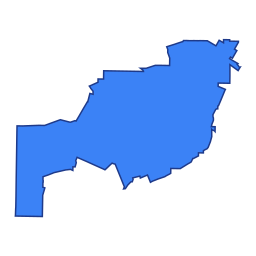 Nungarin, Western Australia, Australia, rotated 181°
{"feature_id": "25037944B34284730981486", "entity_name": "Nungarin", "entity_type": "district", "adm_level": 2, "iso_a3": "AUS", "parent_name": "Australia", "parent_adm1": "Western Australia", "projection": "mercator", "projection_center": [118.178, -31.137], "detail": "fine", "context": "isolated", "style": "filled", "palette": "blue", "viewbox_px": 256, "rotation_deg": 181, "n_neighbors": 0, "source": "geoboundaries", "source_scale": "gbopen_adm2", "svg_char_len": 2803}
<svg xmlns="http://www.w3.org/2000/svg" viewBox="0 0 256 256"><g transform="rotate(181 128 128)"><path d="M50.2,216.6L54.7,216.6L57.6,216.6L58.7,216.5L61.4,216.5L63.4,216.5L67.4,216.4L70.3,216.4L70.5,216.5L74.1,216.4L74.6,215.4L76.2,214.9L80.8,213.3L82.4,212.7L87.5,211.0L90.7,209.9L89.6,207.2L89.6,204.2L87.5,198.6L87.5,191.2L91.1,191.2L96.5,191.2L101.9,191.1L110.9,188.0L116.4,187.9L116.5,187.9L114.4,186.4L114.1,186.1L113.8,185.7L113.6,185.3L113.5,184.8L113.8,184.8L118.1,184.8L128.8,184.8L130.9,184.8L132.9,184.8L140.3,184.8L149.3,184.8L153.3,184.8L153.3,176.5L158.8,176.5L158.8,173.2L167.4,169.2L166.3,167.7L165.9,166.9L163.6,164.2L163.5,161.1L165.1,161.5L166.7,161.9L168.7,153.5L169.0,153.6L173.1,146.4L177.2,139.0L180.0,134.1L181.2,134.4L185.6,132.8L185.8,132.8L186.6,132.9L193.7,134.6L195.8,135.1L206.5,131.0L206.7,130.9L211.4,129.1L217.1,129.1L218.9,129.0L220.7,128.9L226.1,128.6L233.3,128.2L233.8,128.2L237.2,128.2L239.0,128.2L239.0,122.9L238.9,78.1L238.9,77.8L238.9,77.0L238.8,57.5L238.8,52.4L238.8,46.9L238.9,45.3L239.0,39.7L239.1,38.0L212.1,38.0L212.1,59.3L210.3,65.9L210.3,66.0L210.1,66.7L212.1,67.3L212.1,67.6L212.1,71.7L212.0,72.5L211.9,72.5L211.9,74.1L212.0,74.3L212.1,74.7L212.1,74.9L212.1,77.8L210.2,78.5L206.6,79.8L204.5,80.7L202.9,81.3L201.4,82.0L199.5,82.5L189.5,85.0L184.7,85.6L182.4,84.6L182.4,88.2L180.2,88.2L179.1,92.4L179.7,94.5L178.8,96.7L178.4,97.8L175.3,96.5L168.1,93.5L164.9,92.1L158.6,89.4L152.0,86.6L150.3,85.8L149.0,87.0L145.5,90.5L143.3,92.6L143.0,92.4L141.0,91.8L140.7,91.8L140.1,91.6L139.9,91.0L136.5,83.0L135.6,80.9L133.9,76.9L130.6,69.1L131.4,67.0L129.6,67.3L127.2,71.0L124.2,74.2L122.8,74.3L122.0,76.7L122.4,78.2L115.3,80.1L114.8,78.2L107.7,81.3L106.4,78.3L104.6,74.1L102.5,75.3L99.8,76.4L97.2,77.5L90.3,80.0L88.8,81.0L85.8,82.6L84.5,83.4L84.5,88.3L75.1,88.3L70.4,91.3L67.3,93.3L65.7,94.2L64.2,95.2L62.8,98.4L62.7,98.3L57.1,101.3L57.1,104.4L52.4,104.4L52.2,104.4L52.2,106.6L51.2,107.3L48.5,108.7L47.5,110.1L45.4,115.7L44.1,120.8L44.3,128.0L44.1,127.8L43.8,127.5L43.7,127.6L43.3,127.4L42.9,127.2L41.7,126.8L41.4,126.7L41.2,126.5L41.1,126.3L41.0,126.0L40.9,125.9L40.9,126.7L40.9,130.8L44.7,130.8L44.4,131.9L44.2,133.2L43.2,135.8L42.8,137.0L42.7,137.5L42.8,139.6L42.9,139.9L43.1,140.3L43.2,140.5L43.2,140.9L43.2,141.2L43.3,142.8L40.7,148.0L39.8,148.7L38.6,148.7L38.6,151.5L37.9,151.9L35.5,157.8L31.9,167.0L31.3,168.3L34.8,169.7L38.4,171.1L38.6,171.2L38.6,171.3L38.6,174.5L34.3,174.5L27.0,174.5L27.0,181.9L27.0,182.0L27.2,193.1L23.9,190.8L18.9,187.3L16.9,190.8L17.6,190.6L20.0,193.7L19.2,194.3L27.7,199.1L26.8,200.7L24.8,199.6L21.1,206.3L20.5,207.3L22.9,208.7L21.0,212.2L19.1,215.7L19.1,216.6L27.9,216.6L27.9,218.0L34.0,218.0L34.0,214.9L38.4,217.3L41.4,211.8L41.5,211.7L48.4,215.6L50.1,216.5L50.2,216.6Z" fill="#3b82f6" stroke="#1e3a8a" stroke-width="1.5"/></g></svg>